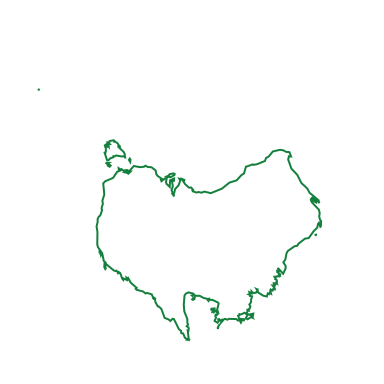 SVG path tracing the border of Australia, rotated 164°
{"feature_id": "AUS", "entity_name": "Australia", "entity_type": "country or territory", "adm_level": 0, "iso_a3": "AUS", "parent_name": "Oceania", "parent_adm1": "", "projection": "robinson", "projection_center": [137.073, -32.4], "detail": "fine", "context": "isolated", "style": "outline", "palette": "green", "viewbox_px": 384, "rotation_deg": 164, "n_neighbors": 0, "source": "natural_earth", "source_scale": "50m", "svg_char_len": 5931}
<svg xmlns="http://www.w3.org/2000/svg" viewBox="0 0 384 384"><g transform="rotate(164 192 192)"><path d="M241.2,59.3L240.8,61.5L242.4,63.7L244.4,74.8L245.5,75.5L248.4,74.0L249.4,75.7L253.0,78.6L253.7,88.1L255.5,91.1L256.4,91.4L257.5,96.0L257.0,100.2L258.6,102.0L258.9,104.7L263.1,107.4L264.7,107.3L266.4,109.8L272.1,113.2L272.8,114.4L271.6,115.1L275.8,121.5L277.1,127.1L277.8,126.8L278.6,127.8L278.9,125.4L281.8,127.9L282.3,126.6L283.0,128.0L283.3,133.7L285.0,135.8L288.7,138.0L294.5,146.5L294.5,148.1L295.8,149.9L295.2,157.9L297.5,164.6L297.6,167.4L293.9,179.7L293.2,185.3L290.9,189.3L290.3,191.8L288.5,193.9L286.6,194.8L283.5,199.2L283.4,201.4L281.0,205.1L280.5,208.4L277.0,213.7L275.0,224.7L272.6,226.2L264.0,227.3L258.4,232.0L255.0,232.4L255.6,233.5L256.3,233.1L255.9,235.1L254.6,233.3L253.5,233.5L252.7,232.0L250.7,231.2L251.5,230.2L251.2,229.3L250.2,229.2L248.4,230.9L247.1,229.9L248.1,229.9L249.3,228.3L248.1,227.1L245.4,228.6L246.9,229.1L240.8,233.0L235.1,230.2L231.2,229.5L229.6,230.1L227.5,228.2L224.2,227.0L221.0,222.8L221.4,219.1L220.8,217.2L216.7,212.1L218.5,212.3L218.4,210.8L214.3,212.5L212.5,212.3L214.3,208.5L214.2,206.8L212.0,203.0L209.9,209.3L205.5,209.9L206.2,207.8L208.3,207.8L208.8,202.9L211.2,199.2L210.8,196.7L211.5,196.0L210.4,192.7L210.4,194.3L207.4,199.5L203.1,202.1L200.2,206.2L200.6,208.2L199.6,207.5L198.9,208.0L196.0,205.7L196.5,205.0L197.8,205.7L196.5,201.6L193.8,197.1L191.5,196.5L190.4,193.8L191.1,193.7L191.1,192.5L188.0,190.3L185.5,190.1L183.0,188.7L180.1,189.0L174.2,185.7L162.2,187.0L153.5,190.7L145.9,190.9L139.7,194.7L136.9,195.5L133.2,201.4L125.9,201.8L125.3,201.1L121.8,200.8L113.4,201.7L111.4,204.3L108.4,205.0L103.1,208.7L95.8,208.3L92.9,207.0L90.4,204.6L87.4,203.5L87.0,198.8L89.0,199.6L90.6,196.7L90.0,187.0L86.1,179.6L84.4,170.5L80.2,163.6L79.2,158.9L74.1,151.3L74.9,151.7L75.1,150.7L76.5,153.8L77.9,153.4L77.9,152.3L75.1,148.3L75.4,147.6L76.9,149.0L77.1,151.0L77.8,150.2L78.7,152.2L79.2,152.7L79.9,152.0L79.7,149.2L74.9,140.0L75.1,136.4L76.5,133.4L76.6,130.2L75.9,128.4L77.6,123.5L78.2,123.2L78.4,127.4L79.7,126.5L81.5,123.1L85.6,121.0L92.4,115.6L96.3,116.0L103.8,113.0L105.7,111.3L108.4,111.6L116.3,108.8L118.1,106.9L120.8,101.5L123.6,99.1L122.4,95.5L123.0,92.8L126.9,88.3L130.4,95.3L130.5,92.1L131.9,92.7L132.1,91.4L129.9,88.6L130.6,88.1L130.5,86.9L131.2,86.7L132.0,87.9L133.0,87.2L137.1,88.1L135.0,87.4L136.4,84.6L135.5,85.3L134.8,83.9L135.1,82.2L135.8,82.2L136.5,80.8L138.6,81.8L138.7,81.0L137.8,81.0L137.4,80.0L138.5,79.0L140.3,79.8L139.2,77.1L141.5,75.6L141.7,74.2L142.0,75.9L142.8,75.6L143.3,76.5L144.0,75.7L144.1,72.4L145.3,73.6L146.1,72.6L147.1,73.6L148.9,70.9L152.1,72.7L156.3,77.4L155.6,81.1L156.1,80.4L156.7,80.9L156.2,79.3L158.5,77.5L161.2,78.2L162.1,80.0L162.4,78.2L164.5,79.9L164.5,78.0L165.7,77.9L164.3,76.7L164.8,76.1L163.0,75.1L164.8,72.4L165.6,69.8L167.9,68.0L167.4,65.8L168.7,64.0L169.9,63.8L170.0,62.4L171.3,63.2L171.4,62.0L173.7,60.0L174.6,61.4L179.2,60.8L180.1,61.5L180.7,60.5L181.8,60.4L181.6,57.3L176.7,55.1L177.5,54.3L178.6,55.1L179.6,54.6L181.6,56.4L183.2,55.7L184.5,57.7L191.5,59.9L193.2,59.5L194.9,60.8L196.0,61.0L200.0,58.5L198.8,60.9L200.5,60.8L200.9,62.3L201.9,62.4L202.0,60.4L203.5,59.3L205.8,61.8L203.5,64.7L203.8,66.1L203.1,67.5L202.1,66.9L200.1,68.0L200.2,72.1L197.1,77.4L197.4,78.5L202.1,82.7L204.5,83.4L204.9,84.8L206.1,84.7L210.1,87.0L213.2,90.1L217.5,91.3L218.8,94.0L223.2,96.5L225.9,96.0L227.7,94.6L231.0,85.9L232.3,79.4L231.5,71.2L232.5,67.7L232.3,65.7L234.1,64.4L232.7,62.8L232.7,61.8L233.8,59.4L234.3,59.9L235.5,52.8L237.1,51.2L238.0,51.5L237.7,52.3L239.0,53.9L239.5,58.4L241.2,59.3ZM246.7,244.9L249.6,245.5L254.9,248.0L257.1,247.5L257.7,248.1L258.5,247.0L260.9,247.0L263.7,245.6L264.9,246.1L265.2,254.8L264.6,253.2L263.5,255.1L262.8,257.6L263.0,260.8L262.0,261.2L261.3,259.9L262.1,259.3L261.0,258.8L260.3,260.0L259.6,258.5L259.2,261.2L257.9,260.8L258.3,261.6L257.1,263.7L252.9,263.3L252.7,262.2L253.8,261.8L252.0,261.7L250.1,259.3L248.8,254.9L250.1,256.5L250.4,255.7L249.5,254.3L249.0,254.7L249.1,253.5L246.7,249.5L246.2,246.9L246.7,244.9ZM169.9,55.5L173.6,54.3L175.1,55.9L171.8,59.1L169.3,57.1L168.5,54.4L169.9,55.5ZM209.4,213.1L211.1,213.0L212.2,213.9L209.8,214.2L208.6,215.3L204.8,215.0L203.7,214.1L204.2,213.2L207.9,212.2L209.3,212.4L209.4,213.1ZM204.5,71.2L205.5,71.1L204.7,73.0L205.9,73.7L205.5,74.4L202.4,73.9L202.9,71.6L204.2,70.4L204.5,71.2ZM295.4,148.5L294.8,147.2L295.3,144.9L296.4,143.7L295.9,142.5L296.6,141.9L297.0,144.1L295.4,148.5ZM264.2,239.0L265.7,240.5L265.7,241.7L264.6,242.3L262.9,239.8L264.2,239.0ZM168.0,55.3L169.8,58.4L166.6,58.2L168.0,55.3ZM242.6,241.3L242.2,240.0L243.1,237.9L243.8,240.3L242.6,241.3ZM221.4,88.8L219.8,89.7L218.3,90.3L219.1,88.5L220.7,88.0L221.4,88.8ZM74.1,150.5L72.8,148.7L72.6,147.1L72.8,147.0L74.1,150.5ZM265.7,242.6L266.4,243.4L266.1,243.7L264.0,243.0L265.7,242.6ZM284.4,134.2L285.5,134.2L285.5,135.8L284.4,134.2ZM258.4,99.9L258.7,101.0L258.5,101.5L257.3,100.0L258.4,99.9ZM259.3,261.6L259.4,263.0L258.4,262.5L259.3,261.6ZM297.5,159.4L297.0,161.2L296.8,161.2L296.9,159.2L297.5,159.4ZM181.1,55.1L180.5,53.4L181.0,52.9L181.3,54.2L181.1,55.1ZM204.7,54.4L203.4,55.9L204.9,53.2L204.7,54.4ZM297.0,158.7L296.6,157.5L297.0,156.8L297.0,158.7ZM206.7,84.0L205.8,83.6L206.2,82.8L206.5,83.3L206.7,84.0ZM202.0,71.2L201.2,71.3L201.7,70.3L202.0,71.2ZM85.2,115.7L85.0,116.9L84.6,116.8L85.2,115.7ZM236.1,51.2L235.6,51.6L235.3,50.8L235.7,50.5L236.1,51.2ZM251.2,230.0L250.4,230.4L250.1,230.2L250.2,229.8L251.2,230.0ZM311.3,332.5L310.6,333.5L311.4,331.8L311.3,332.5ZM203.1,56.4L201.5,57.5L203.2,56.1L203.1,56.4ZM139.3,75.6L138.7,76.3L139.1,75.5L139.3,75.6ZM260.1,261.3L259.4,260.8L259.8,260.3L260.0,260.5L260.1,261.3ZM220.6,92.5L219.7,92.5L220.2,91.9L220.6,92.5ZM136.1,81.3L135.6,81.7L135.6,80.7L136.1,81.3ZM249.7,230.7L250.4,231.3L249.3,231.1L249.7,230.7ZM278.4,125.2L278.1,125.2L278.3,124.6L278.4,125.2ZM247.0,243.8L246.8,244.4L246.7,243.7L247.0,243.8Z" fill="none" stroke="#15803d" stroke-width="2"/></g></svg>